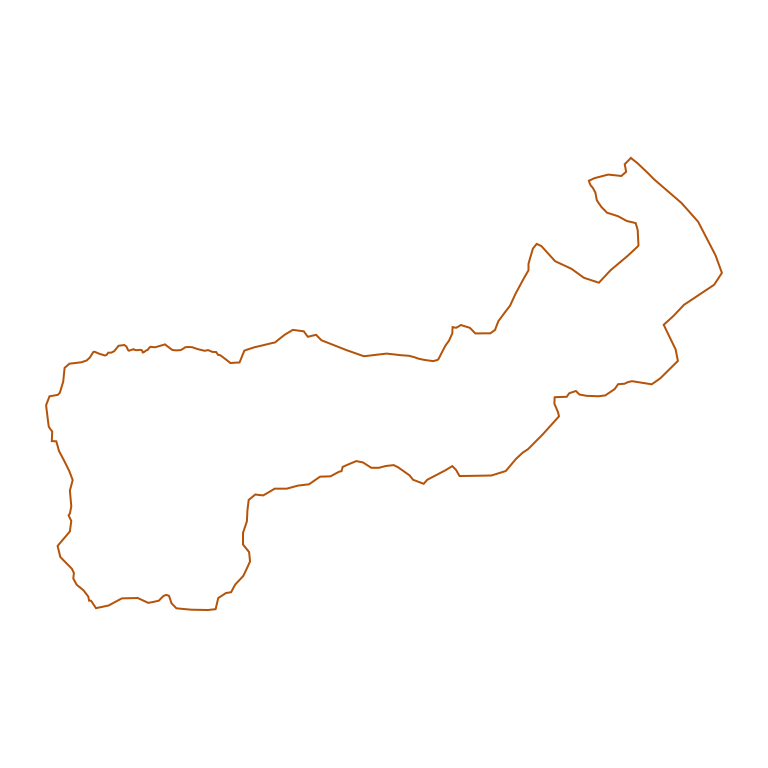 the district of Paikoro, Niger, Nigeria
{"feature_id": "59680162B6318880418470", "entity_name": "Paikoro", "entity_type": "district", "adm_level": 2, "iso_a3": "NGA", "parent_name": "Nigeria", "parent_adm1": "Niger", "projection": "albers", "projection_center": [6.843, 9.493], "detail": "fine", "context": "isolated", "style": "outline", "palette": "amber", "viewbox_px": 768, "rotation_deg": 0, "n_neighbors": 0, "source": "geoboundaries", "source_scale": "gbopen_adm2", "svg_char_len": 4825}
<svg xmlns="http://www.w3.org/2000/svg" viewBox="0 0 768 768"><path d="M639.9,165.5L639.5,165.1L637.0,162.8L632.8,159.5L630.9,157.9L629.1,159.8L626.8,162.1L624.7,164.2L625.5,168.2L626.1,171.8L621.3,176.0L618.0,175.6L608.4,174.6L605.4,175.3L595.1,178.0L594.7,178.1L594.4,178.2L591.4,179.6L588.9,180.7L589.6,183.1L591.0,185.9L591.8,186.6L592.9,188.0L595.4,192.6L596.2,197.0L596.8,200.2L598.4,202.7L601.0,206.4L601.6,207.2L602.2,207.8L605.1,210.7L607.0,212.7L610.2,213.7L618.0,216.2L621.9,218.3L626.8,221.0L632.4,222.3L635.7,223.1L636.5,226.0L636.8,226.8L637.0,227.6L637.2,228.3L637.4,229.1L637.5,229.7L637.8,230.7L637.8,232.2L638.1,238.5L638.5,245.2L638.0,246.2L627.6,255.9L610.7,270.1L598.9,282.7L598.2,282.5L583.9,277.8L571.6,268.9L555.1,261.2L541.4,246.1L536.7,243.9L532.9,248.6L529.6,259.8L528.5,264.0L528.5,270.3L523.7,278.6L515.5,293.8L510.1,305.6L507.8,308.6L505.4,311.7L499.9,319.1L498.5,320.9L497.9,322.4L497.1,324.4L495.3,329.2L495.1,329.9L490.3,333.3L487.4,333.3L478.5,333.4L475.3,333.4L472.5,330.5L469.8,327.8L467.2,327.0L463.5,325.9L460.9,325.0L458.5,326.5L458.1,326.7L457.9,326.8L456.1,327.8L452.6,327.1L452.3,333.4L449.0,340.7L445.5,345.5L442.7,350.8L439.4,357.3L438.5,359.0L437.4,360.0L433.2,361.1L430.9,360.8L425.6,360.1L422.3,359.5L417.9,358.5L414.7,357.3L409.1,355.8L399.6,355.1L396.6,354.7L386.6,353.6L375.2,354.9L367.1,355.9L363.9,356.2L360.9,355.2L349.3,351.1L348.4,350.8L346.1,350.0L343.4,348.9L326.1,342.1L321.5,340.3L318.9,337.7L316.1,334.8L312.3,335.7L307.9,336.8L306.1,334.5L303.8,331.3L299.8,330.8L298.8,330.7L296.2,330.3L292.8,329.9L289.8,331.7L286.4,333.7L284.6,334.8L277.9,340.1L275.1,342.4L271.9,343.1L262.0,345.5L255.6,347.0L254.6,347.2L254.1,347.4L247.2,349.6L244.3,350.7L240.5,360.1L239.5,362.5L236.6,362.6L230.4,363.0L226.1,359.6L220.4,355.3L218.1,354.9L216.1,352.0L212.4,351.9L208.1,350.1L204.7,350.8L197.3,349.0L192.1,347.2L188.5,347.0L185.4,347.2L182.5,349.1L180.6,350.1L176.3,350.4L172.4,350.0L166.5,345.6L165.0,344.4L155.1,347.3L150.4,346.8L148.9,348.2L147.8,349.8L146.0,350.6L143.9,352.1L142.9,352.5L142.5,352.1L142.4,351.1L142.0,350.4L141.6,350.2L140.3,349.8L137.2,350.2L135.1,350.0L133.7,349.3L133.6,349.2L128.9,350.7L128.1,350.1L126.4,346.5L124.3,345.0L118.5,345.8L114.2,351.2L111.1,352.7L108.2,352.7L106.6,354.9L104.9,355.5L99.2,353.7L94.7,351.8L93.4,351.9L89.8,357.6L86.6,360.5L81.3,362.3L69.4,363.7L64.6,367.9L63.2,381.7L59.8,392.8L57.7,394.9L49.5,396.3L46.7,403.6L46.1,405.3L46.4,407.9L48.2,422.5L48.8,426.8L50.3,429.0L52.2,431.6L52.0,436.5L51.8,441.1L54.2,441.2L56.3,441.3L59.0,451.0L64.5,461.4L69.3,471.1L72.7,480.1L69.9,490.5L71.3,506.5L69.9,513.4L68.6,515.4L71.3,521.0L70.8,524.4L70.3,528.3L69.9,531.4L67.7,534.0L65.8,536.3L63.7,538.7L59.3,543.9L57.6,546.0L60.3,557.0L71.9,568.8L73.9,573.0L73.3,578.5L76.7,584.8L83.5,590.3L88.3,596.6L89.1,600.7L90.2,600.7L91.0,600.7L94.3,605.6L96.0,608.2L96.5,608.1L97.2,607.9L108.6,605.5L121.8,598.4L124.8,598.3L134.6,598.1L137.7,598.0L144.2,601.0L148.3,602.9L151.1,602.3L151.3,602.3L152.1,602.2L152.8,602.0L153.6,601.9L155.1,601.5L155.6,601.4L158.8,600.7L161.6,597.8L163.7,595.8L166.3,594.9L169.0,595.8L170.2,599.4L171.6,603.4L176.4,608.3L179.4,608.6L189.1,609.5L190.1,609.6L191.7,609.7L207.1,610.0L207.7,610.1L208.0,610.0L212.5,609.5L215.6,609.2L218.2,598.2L218.3,598.0L221.9,595.7L222.5,595.3L225.8,593.1L228.0,592.7L231.1,592.2L233.0,588.6L234.8,585.3L235.2,584.7L235.3,584.6L235.3,584.4L235.5,584.2L235.8,583.9L236.8,582.8L238.4,581.2L242.0,577.3L242.9,576.3L243.1,576.1L243.2,575.9L243.3,575.9L243.4,575.7L247.4,567.3L250.0,561.5L249.8,559.1L249.4,554.9L249.1,552.1L243.0,544.5L243.0,532.9L246.9,521.3L247.4,510.6L248.7,500.1L248.7,499.9L250.7,498.3L253.1,496.3L255.3,494.5L259.3,495.0L263.2,495.4L265.8,493.9L266.1,493.8L266.7,493.4L269.6,491.7L272.0,490.3L272.1,490.2L274.7,488.7L286.6,488.7L298.0,485.6L309.0,484.3L320.0,476.7L322.1,476.6L324.7,476.5L325.8,476.5L330.6,476.3L332.4,475.3L338.9,471.8L339.2,471.7L341.5,471.2L342.7,466.9L348.8,464.2L356.3,461.1L362.9,462.4L371.3,467.8L378.8,467.8L385.8,466.0L393.7,465.1L398.1,467.3L409.6,475.4L413.1,479.8L423.7,483.8L427.2,479.8L445.2,470.4L452.3,466.1L456.0,469.8L459.5,476.0L468.7,475.9L491.4,475.5L505.8,471.0L516.0,458.9L522.5,452.8L528.1,449.1L542.8,434.3L559.0,416.3L558.0,412.2L554.4,403.7L554.6,397.7L554.8,397.2L562.8,396.9L566.7,396.8L568.2,394.7L569.3,393.2L575.9,391.0L577.8,392.9L579.4,394.5L582.1,395.0L586.9,395.9L588.7,395.9L596.7,396.2L597.9,396.3L598.9,396.2L602.9,395.7L605.4,395.4L606.9,394.3L612.0,390.9L614.6,389.1L616.3,386.8L618.1,384.2L622.1,383.9L624.3,383.8L626.7,382.7L628.3,382.0L632.1,381.2L651.7,384.3L660.2,378.4L677.9,360.9L675.6,349.4L663.7,324.8L673.3,316.1L684.0,304.8L714.2,284.7L721.9,272.9L715.6,255.5L707.7,240.2L698.1,221.7L681.5,203.0L654.5,179.7L654.1,179.4L648.0,173.2L639.9,165.5Z" fill="none" stroke="#b45309" stroke-width="2"/></svg>